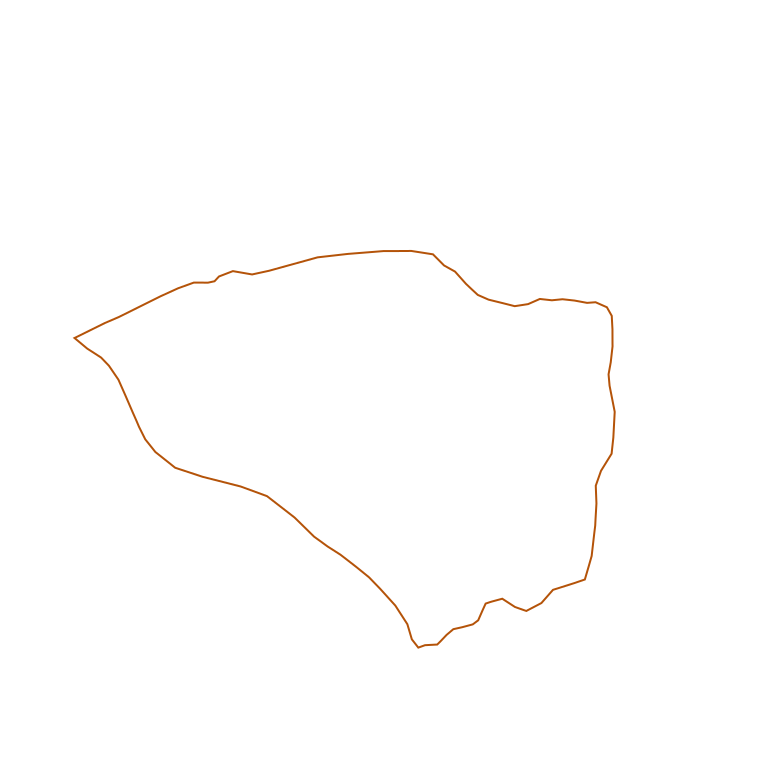 Dweh, Grand Kru, Liberia, rotated 36°
{"feature_id": "62588387B41100614633328", "entity_name": "Dweh", "entity_type": "district", "adm_level": 2, "iso_a3": "LBR", "parent_name": "Liberia", "parent_adm1": "Grand Kru", "projection": "albers", "projection_center": [-8.062, 5.074], "detail": "fine", "context": "isolated", "style": "outline", "palette": "amber", "viewbox_px": 768, "rotation_deg": 36, "n_neighbors": 0, "source": "geoboundaries", "source_scale": "gbopen_adm2", "svg_char_len": 1377}
<svg xmlns="http://www.w3.org/2000/svg" viewBox="0 0 768 768"><g transform="rotate(36 384 384)"><path d="M195.4,381.5L187.3,394.0L186.5,400.5L182.1,405.4L170.5,413.8L161.2,427.5L151.7,444.3L130.2,485.5L122.3,498.8L106.6,528.7L123.1,529.8L139.6,528.9L150.7,530.9L166.6,536.6L181.4,545.2L197.8,554.9L205.4,559.3L210.9,562.6L223.4,569.1L239.0,573.4L264.3,574.5L291.8,565.7L328.2,551.2L355.3,543.5L384.1,544.4L390.2,544.6L417.2,548.6L431.7,548.6L433.9,548.6L449.3,547.7L468.8,548.3L485.6,549.2L501.5,552.0L523.4,556.6L544.1,564.6L556.6,574.2L566.7,577.1L570.7,571.2L580.2,563.5L581.0,558.6L582.1,550.2L584.2,541.6L590.3,534.7L597.1,526.3L599.1,519.8L596.8,509.3L595.3,501.9L598.0,498.1L599.3,496.4L605.9,488.2L621.1,487.4L632.5,484.0L640.1,468.7L641.7,451.2L655.0,433.2L661.4,424.1L656.9,411.5L653.1,401.1L641.7,380.9L638.1,374.4L634.7,369.2L626.1,355.8L615.1,341.8L610.6,326.7L609.1,306.6L601.0,292.5L587.0,270.9L567.5,252.8L560.0,244.2L554.7,233.2L546.7,219.1L545.4,217.4L536.7,205.5L528.2,195.0L519.2,190.9L507.1,193.5L500.6,199.0L489.1,204.5L478.6,210.5L470.6,217.6L460.1,223.6L453.6,234.7L444.0,244.2L432.5,248.8L419.0,254.3L407.5,256.8L400.0,255.9L391.5,254.8L375.4,251.3L370.4,251.9L362.9,252.8L347.4,250.3L327.9,260.3L312.7,271.5L305.4,276.8L299.7,281.7L278.3,300.0L255.8,320.6L224.5,359.9L212.9,372.9L195.4,381.5Z" fill="none" stroke="#b45309" stroke-width="2"/></g></svg>